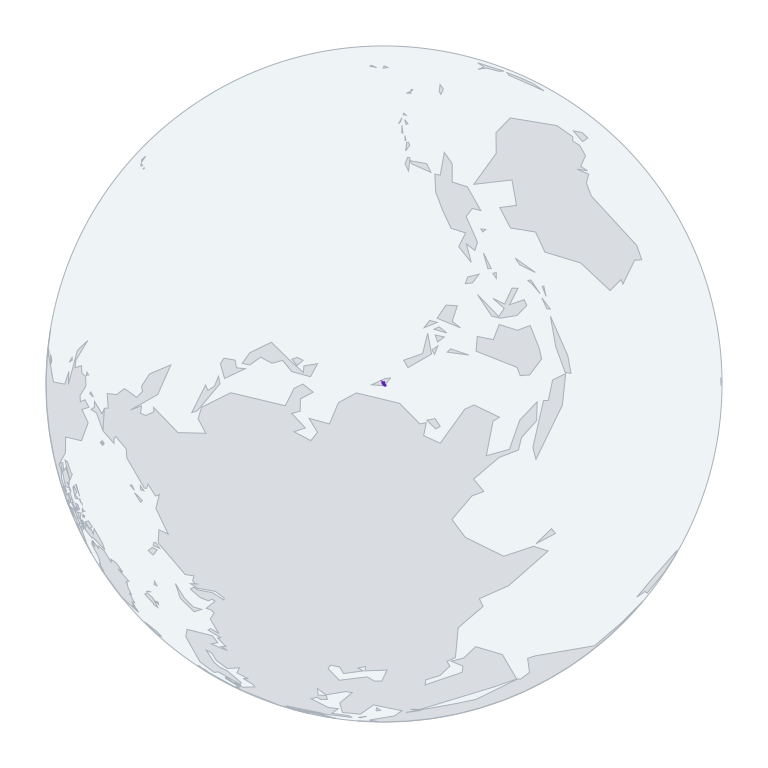 Chiayi highlighted on a globe, orthographic projection, rotated 239°
{"feature_id": "TWN-1170", "entity_name": "Chiayi", "entity_type": "County", "adm_level": 1, "iso_a3": "TWN", "parent_name": "Taiwan", "parent_adm1": "", "projection": "orthographic", "projection_center": [120.419, 23.433], "detail": "fine", "context": "on_globe", "style": "filled", "palette": "violet", "viewbox_px": 768, "rotation_deg": 239, "n_neighbors": 0, "source": "natural_earth", "source_scale": "10m", "svg_char_len": 11937}
<svg xmlns="http://www.w3.org/2000/svg" viewBox="0 0 768 768"><g transform="rotate(239 384 384)"><circle cx="384" cy="384" r="338" fill="#eef3f6" stroke="#a8b0b8"/><path d="M664.0,535.2L663.6,537.1L663.3,537.6L664.0,535.2ZM603.0,126.7L588.4,115.2L589.0,115.4L582.0,110.3L580.8,110.3L581.7,111.6L556.0,101.7L548.3,110.3L557.1,120.4L546.3,113.3L570.7,138.5L573.8,152.4L563.4,132.5L557.0,127.5L555.6,134.1L548.7,130.6L544.1,132.1L536.0,127.6L530.5,117.4L525.2,114.6L524.5,119.6L516.0,119.1L517.8,111.9L503.1,110.4L491.2,95.5L502.5,83.8L489.1,75.4L482.5,64.1L476.2,62.9L469.8,59.2L460.1,56.7L461.7,56.3L452.6,54.9L453.1,55.9L449.3,55.8L443.6,54.8L444.6,53.6L447.6,54.0L444.9,53.2L447.8,53.3L443.2,52.7L445.0,52.1L434.8,51.3L429.3,49.8L432.8,49.8L443.3,51.6L465.8,56.1L490.7,63.4L515.0,72.5L538.5,83.5L561.1,96.2L582.6,110.6L603.0,126.7ZM701.9,297.0L699.1,290.4L701.2,292.0L701.9,297.0ZM697.1,288.2L698.1,290.0L697.2,288.8L697.1,288.2ZM696.2,288.5L696.8,288.3L696.4,289.3L696.2,288.5ZM695.3,289.9L695.7,288.8L695.8,289.3L695.3,289.9ZM692.9,289.8L692.2,289.6L692.3,287.9L692.9,289.8ZM583.2,113.1L581.5,110.8L585.1,112.6L587.4,114.7L583.2,113.1ZM575.3,111.3L572.5,108.7L580.6,113.1L579.7,113.2L575.3,111.3ZM565.0,129.0L564.9,125.5L567.4,130.3L565.0,129.0ZM544.9,133.2L547.1,135.5L543.8,135.4L544.9,133.2ZM528.3,128.6L522.3,128.2L527.5,126.8L528.3,128.6ZM452.2,53.0L445.5,51.8L440.9,50.9L452.2,53.0ZM518.1,126.9L503.6,127.0L507.2,131.8L488.6,119.0L507.2,122.6L513.0,119.8L513.3,123.8L518.1,126.9ZM455.7,56.7L454.9,55.6L460.8,57.7L455.7,56.7ZM460.3,58.2L483.7,66.4L481.9,68.2L474.5,64.7L476.4,68.5L464.1,65.2L460.2,62.4L463.8,61.7L456.4,61.2L460.3,58.2ZM480.6,112.4L476.3,111.3L479.8,110.6L480.6,112.4ZM448.2,56.0L453.1,57.2L451.9,58.7L441.9,56.6L445.5,56.7L448.2,56.0ZM483.0,71.4L480.3,72.6L469.6,70.1L467.1,70.3L463.6,65.3L483.0,71.4ZM442.9,55.9L436.9,55.6L432.3,54.1L443.3,55.0L442.9,55.9ZM455.8,60.1L454.8,60.9L452.1,59.7L455.8,60.1ZM412.6,49.8L418.5,50.5L418.4,51.3L412.6,49.8ZM435.0,55.7L436.6,56.2L437.2,56.8L432.4,56.4L435.0,55.7ZM456.3,64.2L452.4,63.2L457.2,66.1L449.4,64.9L448.4,62.0L445.5,62.7L443.1,62.4L445.1,60.5L456.3,64.2ZM429.4,57.9L425.5,54.6L414.6,52.7L414.4,51.8L431.9,55.2L429.4,57.9ZM438.4,59.5L432.8,58.2L435.4,57.5L440.9,57.9L438.4,59.5ZM444.4,65.3L456.6,67.9L456.4,68.5L444.4,65.3ZM425.7,57.4L426.7,58.3L424.6,57.3L425.7,57.4ZM438.1,62.9L442.4,63.6L442.1,64.2L438.1,62.9ZM425.1,59.6L423.9,58.4L427.5,58.5L425.1,59.6ZM430.6,61.2L429.1,62.0L429.6,59.3L432.6,61.4L430.6,61.2ZM437.0,63.4L438.2,64.0L435.2,63.0L437.0,63.4ZM411.8,60.4L411.6,57.0L419.8,57.0L418.9,60.2L411.8,60.4ZM108.9,187.8L97.8,204.9L103.5,198.4L94.1,221.9L94.7,231.2L114.3,209.7L113.2,193.7L123.8,179.2L133.3,181.8L135.8,197.8L140.0,192.9L147.5,174.1L157.3,170.1L151.2,167.3L146.8,174.1L142.8,173.0L146.6,166.9L149.9,165.3L151.8,159.3L135.5,169.5L129.3,177.5L128.5,169.7L118.1,182.8L114.6,185.0L130.8,164.1L136.3,158.7L158.8,134.1L153.0,138.7L131.4,162.8L134.0,158.9L125.9,167.0L134.1,157.9L159.3,131.9L161.9,129.3L197.6,102.2L194.7,104.2L201.2,101.1L198.1,104.4L213.7,96.5L214.3,97.5L204.9,101.6L196.8,106.8L190.9,117.2L193.6,117.2L204.2,111.6L201.2,115.9L212.2,109.2L215.2,113.9L220.8,103.2L233.4,97.9L242.3,97.8L247.5,94.5L233.0,95.0L226.3,97.1L218.9,101.8L201.6,107.8L200.8,106.0L222.8,93.5L224.1,90.1L240.6,83.2L269.6,84.0L275.1,88.8L256.7,107.2L247.9,108.3L250.1,102.0L236.1,112.5L242.9,109.3L240.5,113.3L251.9,110.6L250.7,113.4L263.7,106.5L263.5,109.6L255.3,113.9L272.1,114.0L275.2,120.5L279.5,119.3L283.3,116.2L284.8,127.3L287.9,126.0L288.7,121.7L295.4,116.6L308.0,112.4L307.8,116.4L303.2,118.5L293.4,129.6L281.4,135.4L282.6,136.7L293.0,132.7L305.0,119.0L312.5,115.4L308.1,121.8L310.3,119.1L314.0,118.7L317.5,122.3L323.0,115.5L364.1,108.6L375.0,116.0L366.4,121.7L394.9,124.4L405.0,134.6L405.6,130.4L419.7,130.2L416.8,126.9L418.2,125.0L453.1,125.5L461.1,129.6L476.9,127.1L477.2,125.2L472.2,121.9L488.6,119.0L507.2,131.8L505.5,135.3L518.4,141.8L512.6,149.3L513.7,159.2L499.9,165.1L502.1,173.3L506.9,175.0L513.4,188.2L510.1,211.1L491.5,184.6L492.3,153.4L490.2,164.9L484.3,160.3L479.7,163.5L478.7,172.4L482.5,174.5L448.5,182.3L433.5,205.9L449.9,206.7L458.0,215.7L455.4,248.2L416.2,288.2L426.5,304.6L425.7,314.5L413.5,319.1L414.3,304.7L403.9,298.1L406.3,289.8L386.9,293.9L389.4,282.3L373.1,292.1L376.9,302.1L393.1,302.1L377.9,316.7L391.5,335.4L390.6,355.7L359.4,387.4L331.3,394.2L329.1,400.3L319.3,391.4L304.2,401.6L320.8,440.3L319.6,450.4L296.1,465.8L295.9,458.2L269.8,434.7L263.4,457.9L283.1,481.7L289.8,506.0L274.0,496.0L267.3,474.3L258.2,465.3L261.8,444.9L256.4,411.8L240.5,414.2L242.8,401.7L232.9,372.4L210.7,374.7L174.7,397.9L167.8,428.7L156.3,438.6L146.9,386.9L150.9,355.2L142.3,354.3L136.9,322.1L112.7,304.3L113.9,295.1L108.3,295.2L105.3,281.9L108.9,267.4L104.9,264.2L96.6,302.5L101.4,306.4L111.8,298.8L108.1,311.2L111.6,327.3L91.1,346.1L62.8,345.8L67.8,321.8L86.6,246.9L90.4,241.3L90.8,240.5L91.5,239.1L85.2,247.4L91.1,233.7L72.7,281.8L66.2,300.7L62.3,346.8L60.7,349.0L61.8,360.2L74.8,365.8L73.2,373.3L62.3,401.1L51.2,429.7L57.1,465.0L63.9,491.7L64.6,494.3L57.4,470.6L51.9,446.5L48.2,422.0L46.3,397.4L46.3,372.6L48.0,348.0L51.5,323.5L56.9,299.3L63.9,275.6L72.7,252.5L83.2,230.1L95.2,208.5L108.9,187.8ZM130.5,229.2L137.2,239.2L147.9,220.0L151.4,222.6L153.8,215.5L148.7,218.6L156.6,200.3L164.4,200.2L170.7,193.1L168.7,189.5L153.1,193.1L141.6,218.7L134.2,222.8L130.5,229.2ZM231.7,82.3L225.6,85.5L223.1,86.9L231.7,82.3ZM216.2,90.7L218.1,89.8L238.8,79.3L237.2,80.7L234.6,81.5L231.4,83.5L226.4,85.5L204.6,98.1L199.1,101.4L203.4,98.4L216.2,90.7ZM294.5,58.5L303.5,56.3L288.4,61.9L281.8,63.4L285.2,61.2L295.1,58.2L294.5,58.5ZM418.9,48.0L423.3,48.5L423.1,48.5L419.1,48.2L418.9,48.0ZM417.5,47.7L413.5,47.5L414.0,47.6L422.0,49.3L439.1,52.5L436.5,53.5L430.2,53.3L425.7,52.6L428.8,52.1L420.5,51.7L421.6,50.4L415.4,50.0L399.4,46.8L403.7,46.9L389.3,46.1L390.2,46.1L417.5,47.7ZM369.5,46.4L371.2,46.3L366.4,47.2L373.9,46.7L373.9,47.2L368.0,47.4L377.1,47.5L375.4,48.1L382.5,50.2L396.6,51.1L399.6,52.3L393.2,52.3L400.6,53.6L390.6,54.7L392.5,55.7L384.6,58.3L371.3,58.4L374.4,59.7L368.5,62.3L357.2,63.2L362.7,60.7L346.4,63.7L347.3,60.8L345.4,61.4L341.7,59.8L334.0,59.1L336.0,57.8L332.1,58.2L329.6,57.5L325.0,57.7L326.9,55.8L321.4,56.1L325.5,55.1L315.4,56.3L323.8,54.6L321.4,54.2L314.5,56.0L336.5,49.4L369.5,46.4ZM409.3,61.0L393.1,60.7L385.7,59.3L402.6,55.5L402.3,54.4L412.9,53.0L423.4,55.3L419.4,55.4L418.0,56.1L415.3,55.1L416.4,56.5L410.9,56.9L410.3,58.2L405.2,57.6L409.3,61.0ZM131.0,160.2L129.0,162.6L127.5,165.0L122.4,170.6L131.0,160.2ZM147.7,142.5L147.0,143.2L139.5,150.7L147.7,142.5ZM153.4,137.2L147.6,142.6L151.9,138.4L153.4,137.2ZM204.9,102.4L204.9,103.4L202.2,105.0L199.1,106.3L204.9,102.4ZM309.0,75.1L313.3,73.0L314.9,73.3L327.0,70.7L327.2,73.2L320.0,75.7L309.0,75.1ZM110.2,211.1L106.0,213.0L107.7,209.2L108.8,209.3L110.2,211.1ZM111.5,190.3L108.0,198.0L110.1,191.7L111.5,190.3ZM311.2,77.3L316.2,75.9L313.3,78.1L311.2,77.3ZM328.0,75.0L325.7,77.4L328.6,73.3L328.0,75.0ZM209.2,672.0L216.3,676.2L212.8,674.5L209.2,672.0ZM77.7,509.9L90.5,549.7L86.3,543.7L78.6,528.1L69.2,501.9L71.8,500.8L71.1,491.0L77.7,509.9ZM375.6,568.0L386.1,570.0L385.7,571.4L375.6,568.0ZM364.6,562.3L376.5,563.7L362.6,565.1L364.6,562.3ZM381.1,564.3L393.3,562.5L398.5,560.6L397.6,563.4L381.1,564.3ZM356.5,561.6L313.6,556.1L296.9,549.8L300.6,545.3L327.7,550.5L356.5,561.6ZM299.3,545.0L274.0,526.0L241.2,475.5L252.9,478.9L287.6,512.2L285.3,516.4L300.6,530.6L299.3,545.0ZM361.3,526.1L358.9,539.4L335.0,535.5L324.3,532.0L316.8,513.4L321.0,505.1L329.7,506.6L364.8,479.8L376.7,488.5L365.7,500.5L375.6,513.4L361.3,526.1ZM168.8,432.1L173.7,453.1L167.6,454.0L168.8,432.1ZM379.8,459.3L365.1,471.6L378.8,454.6L379.8,459.3ZM388.4,442.7L388.9,449.8L383.4,442.5L388.4,442.7ZM328.0,410.0L318.7,410.3L318.8,405.3L330.9,402.0L328.0,410.0ZM389.7,373.0L388.1,387.8L385.8,392.6L382.3,383.3L389.7,373.0ZM320.4,102.4L303.4,102.6L291.2,105.7L284.7,111.6L286.6,104.0L305.3,99.1L320.4,102.4ZM358.7,107.1L364.4,102.9L366.8,105.3L365.9,106.6L358.7,107.1ZM358.6,104.1L356.3,98.0L362.7,96.2L363.3,101.2L358.6,104.1ZM333.1,85.8L328.0,85.5L330.5,83.6L333.1,85.8ZM584.2,650.2L587.5,649.7L577.7,657.6L564.6,666.5L552.9,672.1L584.2,650.2ZM489.9,685.4L489.5,679.0L503.4,676.7L497.7,683.2L489.9,685.4ZM593.3,643.1L602.0,634.6L605.3,626.7L604.2,633.0L611.0,629.8L590.3,648.0L593.3,643.1ZM438.5,658.5L372.4,672.0L357.7,668.9L361.0,662.6L346.6,640.2L351.4,641.1L347.7,625.9L386.4,615.0L414.1,589.9L436.2,592.2L452.6,572.8L475.6,574.1L468.9,589.6L493.0,598.8L508.9,563.8L523.9,599.0L541.7,609.4L547.0,629.3L516.5,665.2L498.6,673.2L495.1,670.9L487.7,674.6L476.0,674.3L469.2,664.7L462.0,668.2L468.8,660.1L458.4,667.5L452.2,661.0L438.5,658.5ZM602.9,581.9L606.3,582.0L611.8,586.3L606.3,586.8L602.9,581.9ZM655.2,546.0L656.7,548.0L653.2,550.3L655.2,546.0ZM663.3,537.6L659.1,540.7L664.0,535.2L663.3,537.6ZM620.9,557.4L622.6,559.1L621.2,560.2L620.9,557.4ZM619.5,557.0L621.6,553.0L621.3,556.6L619.5,557.0ZM603.0,541.4L605.0,539.1L606.0,540.4L603.0,541.4ZM401.6,571.2L416.2,561.8L424.3,561.3L401.6,571.2ZM599.9,537.9L594.7,538.6L595.2,536.5L599.9,537.9ZM600.2,533.2L599.6,530.5L603.0,536.5L600.2,533.2ZM590.1,528.6L596.6,532.6L589.3,529.4L590.1,528.6ZM586.3,529.9L581.6,528.4L581.9,527.5L586.3,529.9ZM534.0,539.7L551.4,555.0L537.6,555.9L522.0,546.5L510.0,557.0L482.8,556.3L489.0,550.1L485.2,540.7L457.3,537.1L451.7,530.7L461.5,526.7L443.3,521.4L463.3,518.8L471.5,531.8L482.9,521.7L502.7,523.7L522.0,527.2L537.7,535.7L534.0,539.7ZM463.5,547.0L467.0,547.0L464.0,550.8L463.5,547.0ZM572.7,522.6L579.4,527.9L578.7,529.5L575.4,529.0L572.7,522.6ZM541.3,533.2L558.2,521.3L562.2,521.1L551.0,534.0L541.3,533.2ZM554.0,514.8L561.9,515.5L566.1,521.0L564.5,522.8L554.0,514.8ZM422.7,534.2L421.9,537.7L416.7,534.7L422.7,534.2ZM429.3,532.4L445.0,536.7L427.9,535.4L429.3,532.4ZM382.6,517.1L387.0,526.0L401.2,521.5L390.4,528.6L400.2,543.1L397.0,548.1L387.3,532.4L384.1,547.6L377.8,546.8L374.3,533.3L380.5,517.5L386.8,511.3L412.4,510.2L382.6,517.1ZM429.2,522.0L425.1,511.9L428.2,505.4L432.6,510.8L429.2,522.0ZM413.2,487.1L402.6,474.7L392.8,478.5L413.0,463.4L419.7,477.8L413.2,487.1ZM404.7,460.6L395.4,464.1L405.1,455.1L404.7,460.6ZM393.2,459.9L392.4,451.6L399.6,453.2L393.2,459.9ZM409.4,461.3L411.6,447.4L415.0,455.9L409.4,461.3ZM390.2,432.8L405.0,447.6L385.2,440.2L385.7,413.0L394.2,413.1L390.2,432.8ZM446.0,326.8L444.6,319.0L452.7,317.8L451.4,323.4L446.0,326.8ZM477.8,308.9L454.4,315.0L435.4,320.8L440.8,324.7L435.6,337.5L428.1,324.7L442.2,311.3L456.4,309.3L459.5,298.7L470.5,292.0L469.5,278.6L474.7,273.2L479.9,285.1L477.8,308.9ZM468.5,273.0L470.9,250.2L485.7,254.2L488.5,260.1L481.2,268.6L473.8,265.9L468.5,273.0ZM475.8,246.1L468.7,243.5L457.2,210.2L458.5,204.5L475.0,230.5L469.2,229.7L469.4,237.6L475.8,246.1ZM477.1,113.5L476.4,111.5L479.7,113.5L477.1,113.5ZM416.2,123.2L418.7,120.9L422.4,122.8L416.2,123.2ZM427.5,115.9L421.5,115.3L427.9,114.3L427.5,115.9ZM408.1,114.4L419.2,114.2L408.5,116.9L408.1,114.4Z" fill="#d9dde1" stroke="#a8b0b8" stroke-width="1"/><path d="M382.4,384.7L382.5,384.6L382.4,384.6L382.4,384.4L382.5,384.4L382.5,384.2L382.5,383.9L382.4,383.9L382.5,383.8L382.6,383.7L382.4,383.7L382.6,383.5L382.8,383.6L383.0,383.5L383.1,383.4L383.4,383.2L383.5,383.1L383.9,382.9L384.0,382.8L384.3,382.8L384.5,382.9L384.6,383.0L384.9,383.1L385.0,383.1L385.3,383.2L385.6,383.1L385.7,382.9L385.9,382.9L386.0,383.0L386.1,383.3L386.2,383.5L386.4,383.7L386.9,383.7L386.6,383.9L386.4,384.1L386.2,384.3L385.9,384.5L385.6,384.8L385.4,384.8L385.2,384.9L385.2,385.0L385.3,385.2L385.1,385.2L384.9,385.2L384.7,385.2L384.6,384.8L384.6,384.6L384.4,384.4L384.3,384.2L384.1,384.1L383.9,384.1L383.6,384.2L383.5,384.3L383.3,384.3L383.2,384.4L383.1,384.5L382.9,384.7L382.8,384.8L382.7,384.7L382.4,384.7ZM384.2,383.9L384.3,383.9L384.5,383.8L384.4,383.7L384.2,383.5L383.8,383.5L383.9,383.8L384.0,383.9L384.2,383.9ZM381.8,383.9L382.1,383.6L382.4,383.3L382.2,383.6L382.1,383.8L381.9,383.9L381.8,384.0L381.8,383.9Z" fill="#8b5cf6" stroke="#5b21b6" stroke-width="1.5"/></g></svg>